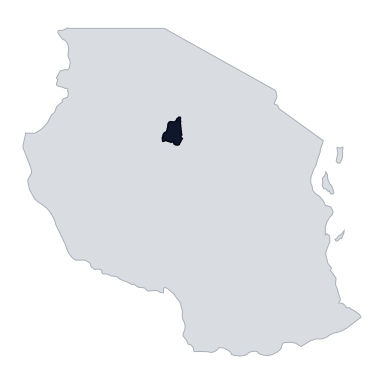 Iramba, Singida, United Republic of Tanzania (highlighted)
{"feature_id": "72390352B66961871173396", "entity_name": "Iramba", "entity_type": "district", "adm_level": 2, "iso_a3": "TZA", "parent_name": "United Republic of Tanzania", "parent_adm1": "Singida", "projection": "mercator", "projection_center": [34.32, -4.386], "detail": "fine", "context": "in_parent", "style": "filled", "palette": "ink", "viewbox_px": 384, "rotation_deg": 0, "n_neighbors": 0, "source": "geoboundaries", "source_scale": "gbopen_adm2", "svg_char_len": 7329}
<svg xmlns="http://www.w3.org/2000/svg" viewBox="0 0 384 384"><path d="M132.1,284.6L127.2,282.0L122.7,280.4L119.0,278.6L117.4,276.9L113.9,276.2L110.9,276.0L108.2,274.3L102.5,273.8L101.9,272.7L101.8,270.3L100.8,269.7L98.7,269.1L96.5,269.1L95.1,269.5L94.3,269.3L92.5,267.9L90.8,266.1L90.1,263.3L87.5,261.5L84.5,260.0L76.2,260.2L74.9,259.7L72.9,258.3L70.6,255.9L68.8,253.2L67.1,249.6L65.4,244.6L55.9,224.9L54.9,221.2L53.1,217.1L50.0,212.0L46.8,208.2L42.4,204.8L37.4,201.4L34.8,199.1L29.6,189.9L28.6,185.5L27.8,181.1L28.1,179.2L31.3,173.5L31.6,171.8L31.3,169.6L29.7,165.0L27.7,159.5L23.6,149.3L23.0,146.7L23.1,144.8L25.5,134.5L25.5,133.1L35.0,133.3L42.0,128.7L48.0,122.0L49.2,119.2L51.7,114.8L54.1,112.7L55.1,111.2L56.5,106.9L59.6,104.0L62.7,101.7L62.1,100.1L62.6,99.6L64.2,98.4L67.5,97.3L68.2,95.1L68.2,92.5L67.6,91.1L67.7,89.5L67.2,88.5L65.1,88.3L61.9,87.0L59.2,86.5L57.4,85.8L56.7,85.2L56.4,83.7L57.9,79.7L56.4,78.1L59.8,71.6L60.4,70.8L61.6,70.7L63.5,70.0L65.2,69.7L66.7,69.9L67.8,69.7L68.7,68.9L69.5,66.7L70.2,63.0L69.8,60.0L68.4,57.7L68.0,54.1L68.7,49.3L68.2,45.4L66.7,42.2L65.1,40.3L62.7,39.4L59.0,34.6L57.8,32.3L58.0,30.8L59.3,30.2L61.7,30.4L64.0,29.9L66.1,28.5L68.1,28.1L69.2,28.4L164.3,28.4L275.4,90.4L275.9,91.1L276.8,96.5L276.6,98.3L274.9,101.4L274.4,103.0L274.3,104.1L274.8,104.5L276.2,104.7L277.5,105.4L277.9,106.0L278.9,108.3L280.1,109.5L322.3,140.0L323.3,140.5L322.7,143.0L320.3,149.2L320.2,151.8L319.2,154.9L318.3,156.9L315.9,165.6L313.9,168.9L311.1,176.6L310.6,182.4L312.2,186.5L312.7,190.4L316.0,194.2L318.6,195.5L320.4,197.3L323.5,201.2L325.3,205.2L330.9,207.1L333.1,211.6L332.3,214.6L329.7,217.2L327.3,221.3L325.3,226.7L325.3,234.9L326.6,233.7L329.6,235.7L329.9,241.8L326.9,248.9L325.9,252.2L325.8,255.0L328.0,263.5L331.4,267.8L331.1,269.2L330.3,270.3L336.0,278.0L335.5,284.7L337.7,289.9L338.6,294.4L340.1,297.8L340.3,300.2L338.6,302.9L342.8,303.5L345.2,305.7L346.4,307.8L349.4,307.7L351.1,309.1L353.5,310.3L358.7,313.7L360.1,315.5L361.0,317.2L346.6,328.2L341.3,331.0L337.6,332.3L333.7,333.0L329.9,334.8L326.3,337.5L321.8,338.9L316.2,338.9L310.3,340.8L301.1,346.5L295.8,343.3L291.6,342.3L286.8,342.4L283.8,342.8L282.8,343.5L281.8,345.4L281.1,348.6L277.9,351.7L272.3,354.6L267.2,355.7L262.5,354.9L259.4,353.7L257.7,352.0L255.3,351.2L252.0,351.4L249.0,352.6L246.0,354.9L241.3,355.9L234.8,355.6L231.4,354.4L230.9,352.5L228.1,350.3L222.9,347.8L219.1,347.7L216.6,350.2L214.4,351.7L212.3,352.3L210.5,352.4L207.9,351.7L200.8,351.5L194.0,351.6L193.3,348.0L191.9,345.9L190.7,344.6L188.4,344.3L187.7,343.3L186.9,341.1L185.8,339.2L184.3,337.6L183.3,336.2L183.0,334.9L183.3,333.4L184.7,329.8L185.1,327.3L185.0,324.7L184.2,322.1L182.6,319.0L182.8,318.1L182.2,316.0L182.2,314.6L182.5,312.7L182.2,310.3L180.8,305.1L180.8,303.8L179.3,301.3L174.8,295.4L174.6,294.6L167.6,288.6L164.8,287.3L163.7,288.4L163.4,289.5L163.7,291.4L163.5,292.3L163.2,292.8L161.5,292.7L160.5,292.5L157.8,290.9L155.7,290.5L150.6,290.8L148.8,291.1L147.3,290.8L144.6,288.0L141.4,287.5L138.5,287.3L133.8,284.2L132.1,284.6ZM331.6,185.6L333.9,192.1L333.6,193.3L332.0,194.1L331.2,194.1L330.1,193.1L329.4,190.9L328.2,191.4L326.0,188.8L323.9,188.7L322.1,185.6L322.8,182.8L322.4,178.2L324.7,175.8L325.9,171.8L327.4,174.5L327.7,178.8L329.7,183.8L331.6,185.6ZM342.8,147.0L343.0,148.5L342.5,149.9L342.6,154.5L342.4,157.6L340.7,161.8L339.3,163.3L338.0,162.9L337.0,162.2L336.2,161.0L337.8,153.3L337.0,147.6L340.2,148.1L342.8,147.0ZM338.1,240.7L336.5,241.1L335.9,240.7L334.9,239.5L336.6,238.4L338.3,236.3L342.2,233.2L344.1,230.7L343.8,233.1L341.6,238.4L339.7,238.7L338.1,240.7Z" fill="#d9dde1" stroke="#a8b0b8" stroke-width="1"/><path d="M170.2,121.7L170.1,121.9L169.8,121.9L169.4,122.0L169.2,122.1L169.1,122.3L168.5,123.0L168.1,123.9L168.0,124.0L168.0,124.3L168.0,124.5L168.0,124.8L167.9,125.0L167.9,125.4L167.9,125.6L167.8,125.9L167.8,126.5L167.8,126.8L167.7,127.1L167.7,127.4L167.6,127.6L167.5,128.0L167.4,128.3L167.3,128.6L167.3,128.9L167.3,129.3L167.3,129.6L167.2,129.8L167.0,130.0L166.8,130.4L166.8,130.6L166.8,130.8L166.6,131.3L166.5,131.5L166.2,131.8L165.9,132.0L165.7,132.2L165.5,132.3L165.4,132.4L165.2,132.5L164.9,132.5L164.5,132.8L164.2,133.0L164.0,133.4L163.8,133.6L163.8,133.8L163.7,133.9L163.5,134.2L163.3,134.5L163.2,134.7L163.1,134.9L163.1,135.2L163.1,135.4L163.0,135.5L163.0,135.8L162.9,136.1L163.0,136.3L162.9,136.4L162.8,136.6L162.8,136.8L162.8,137.0L162.7,137.0L162.5,137.3L162.4,137.4L162.4,137.5L162.3,137.9L162.3,138.2L162.5,138.7L162.5,139.0L162.5,139.3L162.5,139.7L162.6,139.9L162.5,140.6L162.6,141.0L162.8,141.3L163.2,141.3L163.4,141.3L163.6,141.3L163.7,141.2L163.8,141.2L164.4,141.0L164.6,140.9L164.9,140.7L165.1,140.7L165.5,140.6L166.0,140.4L166.5,140.3L167.0,140.9L167.1,141.1L167.3,141.2L167.6,141.1L167.9,141.1L168.1,141.2L168.4,141.3L168.6,141.5L168.8,141.6L169.0,141.6L169.3,141.7L169.5,141.7L169.8,141.7L170.0,141.7L170.2,141.8L170.3,141.7L170.5,141.7L170.7,141.8L170.8,141.9L170.8,142.0L171.0,142.0L171.1,142.3L171.3,142.2L171.5,142.1L171.8,142.0L171.9,141.9L172.0,141.9L172.2,141.7L172.4,141.7L172.6,141.6L172.8,141.7L172.8,141.9L172.9,142.0L173.0,142.0L173.0,141.9L173.3,141.9L173.5,142.0L173.6,141.9L173.6,142.0L173.8,142.0L173.8,142.4L173.7,142.9L173.9,143.4L174.0,143.6L174.1,144.0L174.5,144.2L174.6,144.3L175.0,144.4L175.1,144.5L175.3,144.5L175.6,144.8L175.8,144.7L175.9,144.8L176.0,144.8L176.3,145.0L177.0,145.0L177.3,145.1L177.6,145.0L177.8,144.9L178.3,144.9L178.5,144.9L178.9,144.7L179.3,144.4L179.4,144.1L179.5,143.9L179.5,143.7L179.7,143.3L179.8,143.0L180.0,142.5L180.0,142.4L180.3,142.3L180.4,142.2L180.5,142.0L180.6,141.7L180.9,141.2L180.9,140.9L181.0,140.8L181.1,140.6L181.4,140.1L181.6,139.8L181.6,139.6L182.0,139.1L182.1,138.8L182.1,138.7L182.3,138.4L182.1,138.3L181.6,138.2L181.2,137.5L181.1,137.3L180.9,137.2L180.7,136.9L180.6,136.7L180.4,136.4L180.5,136.1L180.6,135.9L180.8,135.6L181.0,135.5L181.4,135.6L181.6,135.3L181.6,135.2L181.7,134.9L181.8,134.7L181.7,134.5L181.7,134.3L181.6,134.1L181.5,133.9L181.5,133.7L181.4,133.6L181.4,133.4L181.3,133.1L181.2,132.9L181.2,132.7L181.3,132.6L181.3,132.4L181.3,132.2L181.3,131.8L181.4,131.6L181.4,131.4L181.3,131.2L181.2,131.1L181.1,130.9L181.1,130.5L181.0,130.2L181.0,129.8L181.0,129.7L180.9,129.6L180.9,129.3L181.0,129.1L181.0,128.9L181.0,128.7L180.9,128.4L180.9,128.0L180.9,127.9L180.9,127.7L180.7,127.3L180.7,127.1L180.7,126.9L180.6,126.5L180.6,126.3L180.6,126.1L180.6,125.9L180.6,125.7L180.7,125.3L180.6,125.2L180.6,124.9L180.6,124.7L180.5,124.3L180.5,124.2L180.3,123.7L180.3,123.2L180.4,122.8L180.4,122.6L180.5,122.2L180.5,121.6L180.6,121.4L180.5,121.0L180.4,120.7L180.2,120.5L180.2,120.4L180.3,120.3L180.3,119.9L180.2,119.6L180.2,119.4L180.3,119.2L180.3,118.7L180.3,118.3L180.4,118.2L180.5,118.1L180.4,117.9L180.4,117.7L180.4,117.4L180.1,117.3L179.9,117.4L179.7,117.3L179.4,117.4L179.2,117.5L178.9,117.6L178.7,117.8L178.6,117.7L178.4,117.8L178.4,117.7L178.3,117.8L178.1,117.9L177.9,118.2L177.8,118.3L177.7,118.4L177.5,118.5L177.3,118.6L177.2,118.6L177.1,118.8L176.9,118.9L176.8,119.0L176.6,119.3L176.6,119.6L176.7,119.9L176.8,120.4L176.8,120.5L176.7,120.6L176.1,120.8L175.8,121.0L175.6,121.0L175.4,121.2L175.2,121.3L175.1,121.5L174.9,121.6L174.6,121.9L174.0,121.9L173.6,122.0L173.3,122.0L172.7,121.9L172.3,121.9L172.0,121.8L171.7,121.7L171.1,121.8L171.0,121.7L170.7,121.6L170.4,121.7L170.2,121.8L170.2,121.7Z" fill="#0f172a" stroke="#020617" stroke-width="1.5"/></svg>